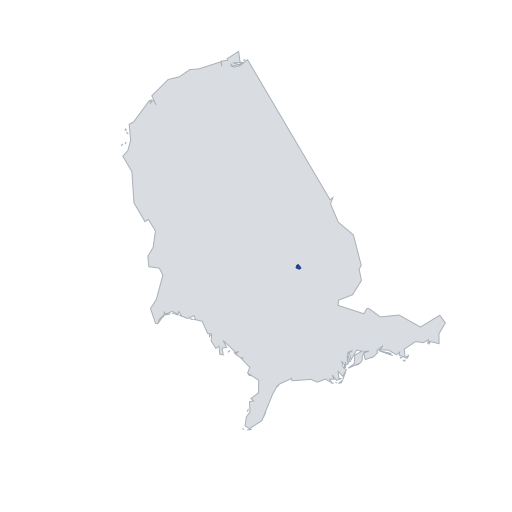 Scott, Iowa, United States of America shown in context, rotated 47°
{"feature_id": "52423323B10100313584475", "entity_name": "Scott", "entity_type": "district", "adm_level": 2, "iso_a3": "USA", "parent_name": "United States of America", "parent_adm1": "Iowa", "projection": "orthographic", "projection_center": [-90.532, 41.613], "detail": "fine", "context": "in_parent", "style": "filled", "palette": "blue", "viewbox_px": 512, "rotation_deg": 47, "n_neighbors": 0, "source": "geoboundaries", "source_scale": "gbopen_adm2", "svg_char_len": 4386}
<svg xmlns="http://www.w3.org/2000/svg" viewBox="0 0 512 512"><g transform="rotate(47 256 256)"><path d="M396.6,191.7L420.1,184.2L424.7,162.0L434.1,163.2L437.7,175.3L445.0,181.9L436.8,187.3L436.9,189.7L434.7,187.2L433.7,192.6L427.4,197.7L425.3,211.1L430.6,215.3L433.2,214.0L432.0,211.9L433.1,212.8L433.9,215.3L426.3,218.9L424.2,216.5L424.2,220.5L415.0,223.4L408.9,229.7L409.1,226.8L408.1,225.1L407.4,232.1L409.6,232.9L409.9,238.6L406.2,246.8L400.4,243.2L402.7,238.1L399.7,241.9L401.9,246.7L404.5,249.2L405.4,252.4L400.9,265.2L401.7,257.5L395.8,251.4L397.9,243.5L393.4,246.5L396.7,257.1L391.5,254.6L389.9,255.2L390.9,251.5L390.7,250.5L389.5,253.5L389.7,255.7L397.5,258.8L396.2,261.0L392.4,257.7L391.1,257.3L395.8,261.2L397.7,261.8L397.0,264.7L394.5,262.9L398.6,266.5L397.8,267.2L395.8,265.4L391.2,265.1L397.3,268.2L400.8,267.5L405.7,276.9L401.5,269.7L403.2,274.6L396.4,274.6L401.9,278.8L404.0,277.0L401.7,282.0L395.1,281.4L399.3,283.1L396.2,286.0L400.4,287.0L393.3,289.2L390.3,297.0L383.7,300.0L371.7,314.8L369.8,313.5L365.7,326.2L365.6,329.2L368.4,338.1L380.4,363.9L377.9,378.5L372.8,379.9L367.2,372.9L365.9,366.7L358.1,360.1L360.4,356.5L356.8,357.0L357.8,347.5L348.8,338.8L335.8,341.9L333.3,336.5L320.5,336.6L322.0,334.5L319.8,336.7L314.0,337.9L313.9,333.6L312.9,336.6L295.3,337.7L302.8,339.8L300.3,343.7L306.0,347.4L303.1,349.5L296.7,344.5L296.3,348.4L287.5,346.7L282.7,341.7L279.7,344.2L267.0,339.9L259.4,345.0L261.3,343.6L257.4,342.0L255.1,348.6L247.1,352.5L248.9,351.3L243.9,350.3L245.5,352.7L239.4,355.1L236.6,362.2L234.0,360.9L236.2,363.0L236.3,369.8L238.5,374.1L236.6,375.4L222.4,368.9L219.9,358.7L206.4,337.1L198.9,335.0L190.8,341.7L182.4,335.2L179.5,325.4L169.2,312.5L155.8,309.7L155.2,313.8L133.9,309.0L109.6,289.2L92.2,285.4L91.5,277.9L86.1,269.0L73.1,258.8L74.5,254.0L69.6,228.1L70.7,226.0L72.1,229.7L72.1,224.5L77.2,226.1L67.8,222.9L67.0,199.8L72.6,190.0L74.6,177.1L80.0,170.5L90.0,149.3L93.9,151.6L89.8,148.5L93.6,143.2L92.0,142.6L94.5,129.2L103.6,135.6L98.9,141.2L104.1,138.0L101.5,143.3L98.6,143.6L100.2,144.6L103.0,143.1L105.9,137.9L106.7,128.3L265.4,163.5L265.7,160.0L268.6,165.9L287.5,172.8L307.0,170.4L334.5,185.4L336.0,189.6L345.8,195.6L350.2,211.8L344.6,225.7L348.1,229.7L371.8,216.5L370.0,210.5L372.0,209.1L385.3,206.7L396.6,191.7ZM418.4,225.5L422.3,223.9L408.8,230.8L419.6,223.6L418.4,225.5ZM105.3,133.8L105.2,137.8L104.9,138.3L104.1,135.0L105.3,133.8ZM238.3,372.9L236.7,366.8L237.0,363.5L237.1,367.0L238.3,372.9ZM437.9,187.5L438.3,189.4L437.6,189.1L437.9,187.5ZM282.8,343.5L283.2,344.9L281.7,343.7L282.8,343.5ZM77.1,266.3L79.0,266.1L79.0,266.4L77.1,266.3ZM75.5,265.1L74.6,265.8L74.3,264.7L75.5,265.1ZM430.0,218.3L429.1,219.8L428.8,219.6L430.0,218.3ZM238.3,360.4L237.0,363.0L240.0,358.0L238.3,360.4ZM376.8,355.4L379.1,360.5L376.4,354.9L376.8,355.4ZM84.5,273.7L84.8,275.4L84.3,273.8L84.5,273.7ZM378.9,379.1L377.3,381.0L379.8,377.2L378.9,379.1ZM406.8,280.2L405.4,282.6L406.0,277.3L406.8,280.2ZM105.1,130.5L104.7,131.5L104.3,130.7L105.1,130.5ZM245.5,353.7L242.7,354.8L245.6,353.4L245.5,353.7ZM433.9,218.0L434.1,219.3L432.9,219.3L433.9,218.0ZM83.4,277.6L83.5,279.5L83.1,277.7L83.4,277.6ZM241.9,355.8L240.8,356.3L241.8,355.3L241.9,355.8ZM405.1,254.8L403.9,257.9L405.2,253.6L405.1,254.8ZM258.5,346.2L256.6,347.2L259.3,345.4L258.5,346.2ZM366.2,327.5L366.0,329.8L365.7,328.3L366.2,327.5ZM401.0,287.2L400.5,287.8L402.0,285.8L401.0,287.2ZM340.5,341.1L338.4,342.4L337.5,342.2L340.5,341.1ZM313.2,337.5L312.8,337.9L311.5,337.8L313.2,337.5ZM363.5,367.1L363.9,368.6L363.1,366.8L363.5,367.1ZM307.6,340.7L307.2,342.2L307.1,339.6L307.6,340.7ZM374.1,383.4L372.9,383.7L374.6,383.1L374.1,383.4ZM409.7,239.7L409.1,241.2L409.8,239.1L409.7,239.7ZM404.2,283.2L403.5,283.8L403.4,283.8L404.2,283.2Z" fill="#d9dde1" stroke="#a8b0b8" stroke-width="1"/><path d="M291.1,231.3L291.1,232.9L291.9,232.9L291.9,234.2L291.9,234.3L292.0,234.3L292.3,234.3L292.5,234.3L292.6,234.2L292.8,234.2L293.0,234.0L293.2,233.9L293.2,233.7L293.3,233.7L293.5,233.6L293.8,233.7L294.0,233.7L294.3,233.5L294.3,233.4L294.5,233.3L294.5,233.2L294.9,233.1L295.0,233.0L295.0,232.9L295.0,232.5L295.0,232.3L295.1,232.2L295.2,231.9L295.2,231.7L294.9,231.7L294.7,231.6L294.4,231.6L294.2,231.4L293.9,231.4L293.6,231.3L293.4,231.4L293.1,231.5L293.0,231.4L292.9,231.5L292.8,231.4L292.6,231.4L292.6,231.6L292.4,231.7L292.1,231.5L292.1,231.4L291.9,231.3L291.1,231.3Z" fill="#3b82f6" stroke="#1e3a8a" stroke-width="1.5"/></g></svg>